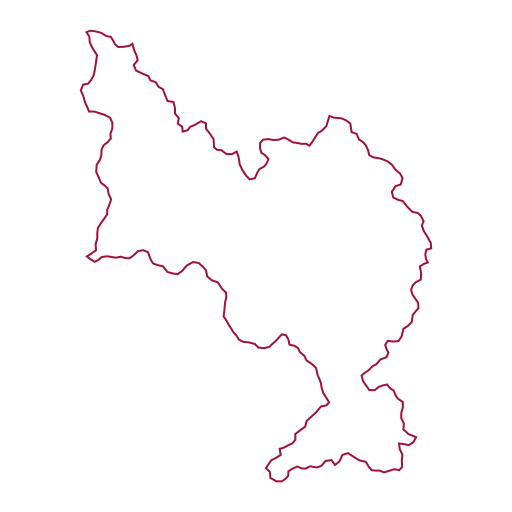 outline of Ubá, Minas Gerais, Brazil
{"feature_id": "56859067B43020372139426", "entity_name": "Ubá", "entity_type": "district", "adm_level": 2, "iso_a3": "BRA", "parent_name": "Brazil", "parent_adm1": "Minas Gerais", "projection": "mercator", "projection_center": [-42.971, -21.111], "detail": "fine", "context": "isolated", "style": "outline", "palette": "rose", "viewbox_px": 512, "rotation_deg": 0, "n_neighbors": 0, "source": "geoboundaries", "source_scale": "gbopen_adm2", "svg_char_len": 4171}
<svg xmlns="http://www.w3.org/2000/svg" viewBox="0 0 512 512"><path d="M413.2,442.4L416.1,437.2L408.4,434.0L403.4,429.3L403.9,423.6L401.2,417.9L401.3,412.5L402.8,407.4L402.8,402.0L398.1,398.8L395.7,395.6L393.7,390.6L390.3,388.4L387.1,384.5L382.9,385.4L378.9,386.8L374.8,390.1L369.3,390.1L366.0,385.4L363.0,381.0L361.6,375.4L364.7,372.9L368.7,370.2L372.5,366.2L376.3,364.3L380.4,359.5L386.5,357.2L388.4,352.6L386.5,349.0L385.2,344.9L387.8,340.8L393.1,341.5L398.4,341.1L401.6,336.5L403.4,328.8L408.0,325.9L411.8,321.8L412.7,315.1L415.7,311.3L418.5,308.1L418.1,302.7L414.9,298.1L412.4,294.5L411.1,290.0L412.6,285.6L415.8,282.2L420.8,279.6L421.1,272.7L419.8,266.4L424.1,263.8L427.8,262.5L425.9,258.8L425.3,254.2L426.4,249.7L431.2,248.3L430.7,242.7L427.2,236.5L423.6,230.7L421.9,225.4L423.6,221.3L421.0,215.9L417.6,212.9L412.6,212.0L409.2,208.8L406.1,205.4L402.8,201.0L398.5,200.0L393.3,197.5L391.8,191.9L395.4,186.2L400.7,184.5L402.6,178.2L400.1,173.6L395.4,169.6L391.8,164.6L387.6,161.4L382.7,159.3L378.9,158.2L373.4,157.4L369.2,155.1L368.1,150.3L365.8,145.3L363.0,142.1L358.9,139.4L356.7,133.9L351.6,132.1L350.3,123.5L346.0,120.3L341.3,118.3L334.0,117.6L329.4,116.0L326.4,126.0L321.9,130.7L318.0,133.0L314.9,137.8L312.2,142.1L309.4,145.7L305.8,143.7L301.8,143.9L297.3,143.0L292.6,142.3L288.6,139.7L284.2,137.5L278.3,139.8L273.6,140.0L268.3,139.1L263.1,139.7L260.2,142.9L260.0,148.1L261.3,152.8L264.7,154.9L268.5,159.0L266.5,163.7L263.8,166.8L259.6,168.9L257.3,172.6L254.9,178.2L249.7,179.4L246.0,175.5L242.2,169.6L239.6,164.3L239.2,160.1L238.2,155.8L236.7,151.6L232.0,154.1L226.6,154.1L221.2,150.1L217.2,149.8L214.0,147.3L213.6,139.1L209.8,133.5L206.0,128.7L206.0,123.5L201.1,121.2L194.9,124.9L190.3,126.8L187.5,130.3L182.7,131.6L182.2,126.7L177.8,123.7L178.8,118.3L175.0,113.5L175.0,108.1L173.4,102.0L167.5,101.0L164.9,94.6L162.9,89.2L158.5,86.8L155.8,82.2L150.4,80.4L148.4,76.1L142.2,73.5L136.1,70.6L133.7,65.1L137.7,60.2L136.5,55.4L134.3,50.6L132.4,43.8L129.2,45.9L123.6,46.8L118.2,47.0L115.0,44.3L113.2,40.6L110.7,36.8L106.4,36.1L101.3,32.9L94.7,31.2L90.1,30.7L86.5,32.2L89.3,36.6L89.8,42.5L91.6,46.4L93.9,50.4L97.0,55.1L96.4,59.5L95.4,66.3L93.9,74.8L91.1,80.0L88.2,83.6L83.1,84.7L80.8,90.4L83.3,96.0L85.2,102.9L87.3,107.2L89.0,111.5L94.1,111.5L98.5,112.9L103.9,114.6L110.0,117.6L112.4,122.9L112.3,128.7L110.4,133.7L110.8,138.5L107.7,142.1L103.8,145.1L101.6,149.4L101.3,155.5L99.8,160.1L96.7,164.8L96.2,172.0L98.9,177.7L100.9,182.7L104.9,185.7L107.7,188.4L108.5,193.6L111.1,199.3L109.2,205.2L107.2,209.8L107.2,214.3L104.5,218.2L100.8,223.4L97.9,228.0L97.3,232.9L97.3,238.4L95.6,244.1L96.0,250.2L90.9,253.9L86.9,256.4L90.5,259.3L94.7,261.8L98.5,259.9L101.7,257.0L107.2,256.3L111.9,257.0L115.9,257.7L120.8,256.7L125.3,258.1L129.5,258.3L133.5,255.4L138.0,251.1L143.4,250.2L148.0,252.2L150.7,259.6L153.0,263.4L157.1,265.0L163.0,266.3L167.5,272.0L172.5,273.4L177.6,274.2L182.2,270.9L186.9,265.4L193.2,262.0L198.8,263.1L203.2,267.0L206.0,270.4L207.2,276.4L211.7,280.2L217.9,282.4L221.7,288.4L226.1,292.7L226.3,297.3L225.0,302.8L224.4,310.2L223.6,316.5L226.2,320.2L228.2,324.0L230.5,327.4L233.1,331.8L236.5,335.6L238.9,339.5L243.1,341.8L248.9,342.4L254.9,344.0L258.3,347.5L264.0,348.2L269.3,346.9L272.6,343.7L275.9,340.8L278.7,337.7L281.9,334.3L286.1,335.4L288.4,339.5L289.5,344.7L294.6,345.8L298.1,348.1L299.9,352.1L304.3,355.8L306.6,360.6L311.1,363.4L316.0,367.8L317.6,374.9L320.6,382.0L321.8,388.3L323.3,393.1L326.4,397.9L329.1,402.4L326.1,405.5L320.9,406.5L316.0,412.5L310.7,417.2L306.6,421.0L305.2,426.7L300.0,430.4L295.3,434.0L295.4,439.6L292.5,443.3L288.0,445.4L283.8,447.7L279.7,448.8L280.7,454.9L275.9,457.9L271.2,460.4L268.5,464.3L265.9,468.1L269.9,472.0L270.4,477.9L276.3,481.3L281.8,481.3L285.6,478.8L288.2,475.8L288.4,471.4L292.2,468.8L297.3,466.5L301.8,468.5L305.7,468.6L310.2,466.3L316.6,467.5L321.3,466.0L325.6,460.9L331.6,460.1L335.0,465.0L339.5,461.3L342.5,454.9L347.9,453.1L353.5,456.7L359.4,460.4L365.9,461.8L368.9,467.0L371.7,470.2L375.7,470.6L379.7,470.6L384.0,472.4L389.2,470.8L394.3,469.2L399.2,470.2L402.2,466.8L401.8,460.9L402.4,454.7L399.7,449.0L399.0,443.5L403.5,444.1L408.8,445.1L413.2,442.4Z" fill="none" stroke="#9f1239" stroke-width="2"/></svg>